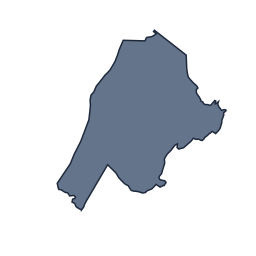 Kota Setar, Kedah, Malaysia (Natural Earth projection), rotated 46°
{"feature_id": "92858781B49320909792008", "entity_name": "Kota Setar", "entity_type": "district", "adm_level": 2, "iso_a3": "MYS", "parent_name": "Malaysia", "parent_adm1": "Kedah", "projection": "natural_earth1", "projection_center": [100.406, 6.1], "detail": "fine", "context": "isolated", "style": "filled", "palette": "slate", "viewbox_px": 256, "rotation_deg": 46, "n_neighbors": 0, "source": "geoboundaries", "source_scale": "gbopen_adm2", "svg_char_len": 2121}
<svg xmlns="http://www.w3.org/2000/svg" viewBox="0 0 256 256"><g transform="rotate(46 128 128)"><path d="M154.7,218.6L154.1,214.9L152.7,212.1L151.4,208.1L150.7,205.5L140.3,168.2L152.1,167.9L157.7,169.2L164.3,169.2L166.6,169.0L169.7,167.9L172.9,168.7L175.2,169.0L177.4,167.7L180.2,165.3L182.4,164.0L184.9,162.7L186.5,160.3L186.5,157.7L188.3,153.3L188.3,150.7L188.1,147.0L192.8,146.0L194.0,142.3L194.4,142.1L193.7,138.6L192.4,138.1L191.1,138.4L189.8,139.4L188.4,140.4L187.1,140.9L185.0,140.1L184.4,138.4L184.2,135.7L182.0,131.9L178.9,126.2L177.5,124.9L175.7,123.5L174.9,121.5L174.0,118.0L174.0,115.0L173.9,112.3L173.4,109.3L173.0,106.0L173.7,103.5L176.2,106.3L178.5,106.1L179.5,104.0L180.8,101.8L181.1,95.6L181.3,92.0L180.8,88.0L181.9,87.6L182.8,87.3L183.9,86.6L184.6,85.4L185.6,84.7L187.3,84.2L188.5,83.3L188.7,81.3L188.1,79.6L188.4,77.5L188.5,75.9L188.5,74.6L188.5,73.4L188.8,72.3L188.9,69.9L189.8,69.6L192.9,68.8L192.7,64.2L192.0,61.5L191.1,60.1L190.3,58.7L189.6,57.2L188.8,56.5L187.7,55.1L185.2,50.1L185.1,49.9L184.3,49.6L183.5,48.5L183.7,45.9L183.3,45.1L182.0,45.6L181.1,46.8L180.9,48.1L179.4,48.5L178.2,48.1L176.6,48.1L175.4,47.7L174.1,47.3L173.0,46.7L171.9,44.7L171.8,47.4L171.2,48.5L170.4,47.5L169.6,46.1L168.4,46.6L168.8,47.6L168.7,48.9L168.8,50.1L169.1,52.1L168.5,53.5L166.7,54.2L165.6,55.4L164.2,56.5L162.7,56.6L161.4,56.1L159.0,56.9L158.5,56.2L155.5,55.3L150.7,54.6L148.0,52.5L147.8,49.9L145.3,49.3L141.6,49.6L137.1,49.6L133.5,49.3L131.0,48.0L126.2,44.6L116.0,35.5L76.0,41.1L76.3,42.6L77.6,42.5L79.8,42.3L79.6,44.1L79.2,46.0L78.6,47.8L77.1,49.8L75.8,51.8L77.1,55.3L61.6,70.5L63.8,75.8L65.5,79.8L68.0,84.3L71.2,91.3L73.7,100.3L74.0,103.9L74.0,107.6L74.7,112.5L75.4,117.8L75.8,121.5L78.3,127.6L78.6,131.7L81.5,135.8L85.7,139.4L89.2,143.5L94.9,150.4L100.2,161.5L102.3,166.0L104.8,171.3L106.9,177.4L109.4,184.7L113.7,194.5L118.6,217.3L122.4,219.7L124.1,220.5L126.0,219.0L128.5,218.5L130.9,217.8L132.5,216.5L135.0,216.8L136.3,217.2L138.6,214.1L140.9,213.5L141.8,215.0L140.7,217.3L142.5,219.8L145.1,218.7L148.5,220.0L152.1,219.3L154.3,218.3L154.7,218.6Z" fill="#64748b" stroke="#1e293b" stroke-width="1.5"/></g></svg>